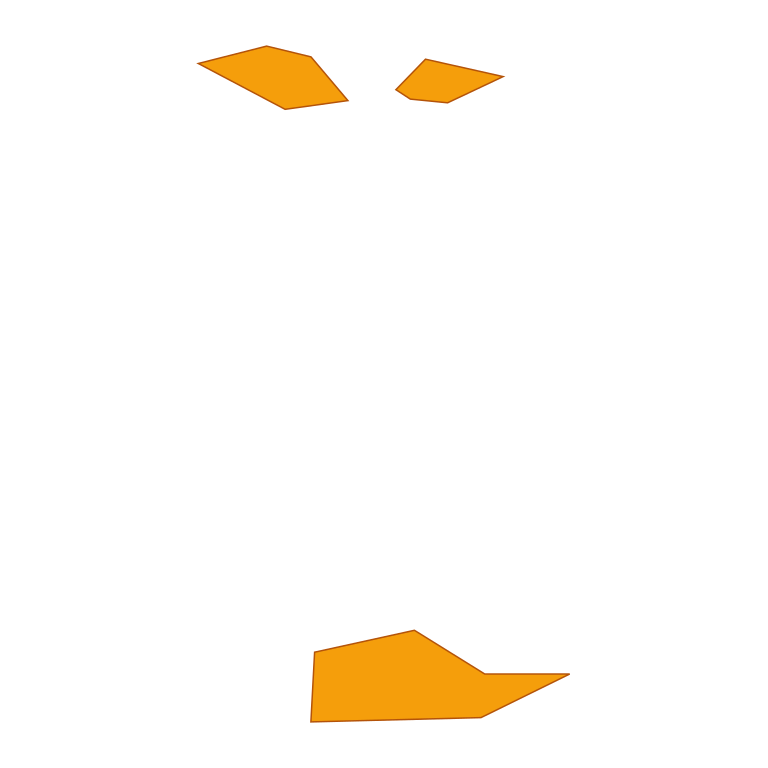 United States Virgin Islands, Natural Earth projection
{"feature_id": "VIR", "entity_name": "United States Virgin Islands", "entity_type": "country or territory", "adm_level": 0, "iso_a3": "VIR", "parent_name": "North America", "parent_adm1": "", "projection": "natural_earth1", "projection_center": [-64.793, 18.043], "detail": "fine", "context": "isolated", "style": "filled", "palette": "amber", "viewbox_px": 768, "rotation_deg": 0, "n_neighbors": 0, "source": "natural_earth", "source_scale": "50m", "svg_char_len": 354}
<svg xmlns="http://www.w3.org/2000/svg" viewBox="0 0 768 768"><path d="M414.4,630.3L484.7,674.0L569.7,674.0L481.0,717.6L310.9,721.9L314.6,652.2L414.4,630.3ZM347.9,100.6L285.1,109.3L198.3,63.5L266.6,46.1L311.0,56.9L347.9,100.6ZM503.1,76.6L447.6,102.8L410.3,99.1L395.9,89.7L425.5,59.2L503.1,76.6Z" fill="#f59e0b" stroke="#b45309" stroke-width="1.5"/></svg>